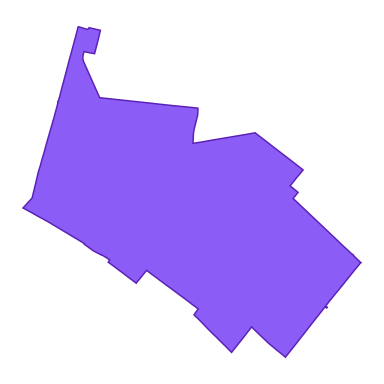 Rosiori, Braila, Romania
{"feature_id": "2599482B90808426082179", "entity_name": "Rosiori", "entity_type": "district", "adm_level": 2, "iso_a3": "ROU", "parent_name": "Romania", "parent_adm1": "Braila", "projection": "albers", "projection_center": [27.361, 44.829], "detail": "fine", "context": "isolated", "style": "filled", "palette": "violet", "viewbox_px": 384, "rotation_deg": 0, "n_neighbors": 0, "source": "geoboundaries", "source_scale": "gbopen_adm2", "svg_char_len": 3243}
<svg xmlns="http://www.w3.org/2000/svg" viewBox="0 0 384 384"><path d="M345.8,281.0L345.9,280.9L347.2,279.3L348.8,277.3L355.0,269.6L355.7,268.8L357.4,266.7L359.3,264.4L359.7,263.8L360.4,263.0L360.7,263.0L360.8,262.9L361.0,262.7L360.8,262.6L356.3,258.3L353.3,255.4L353.4,255.0L353.1,254.7L352.8,254.5L352.5,254.3L352.4,254.2L352.0,254.1L345.5,248.1L342.5,245.3L339.5,242.4L329.3,232.8L327.4,230.9L295.8,201.0L293.1,198.5L298.1,192.4L296.3,190.9L292.1,187.5L290.1,185.9L294.8,180.1L296.5,177.9L299.5,174.3L303.1,170.0L302.8,169.7L294.9,163.5L282.0,153.6L271.9,145.8L268.1,142.8L256.5,133.9L255.2,132.8L254.0,133.0L245.0,134.6L234.9,136.3L212.2,140.1L208.4,140.8L201.0,142.1L193.0,143.4L193.0,143.1L193.5,133.0L194.3,128.7L197.5,115.8L197.6,115.3L197.8,113.5L197.9,109.8L197.9,108.1L196.3,108.0L194.4,107.8L194.0,107.7L189.1,107.2L187.3,107.0L185.9,106.9L184.0,106.7L177.2,106.0L174.7,105.8L170.8,105.4L170.5,105.3L170.4,105.3L169.1,105.2L165.3,104.8L164.4,104.7L158.9,104.1L152.9,103.4L150.9,103.2L149.0,103.0L124.8,100.4L99.7,97.7L99.0,96.2L89.3,74.4L84.0,62.5L83.8,62.0L83.4,61.1L83.1,59.8L82.9,58.7L82.8,57.7L82.9,57.0L83.0,55.5L83.4,53.8L83.7,52.9L84.0,51.6L85.6,51.9L87.8,52.4L90.0,52.9L91.9,53.2L94.6,53.7L95.8,49.0L96.7,45.5L97.6,41.9L98.6,38.0L100.4,30.3L96.1,29.3L90.4,28.0L89.2,27.6L88.0,29.2L87.7,29.4L84.9,28.7L79.2,26.9L78.8,26.8L78.6,26.8L78.4,26.8L78.1,27.0L77.9,27.4L77.1,30.9L75.9,35.5L74.8,39.5L73.1,45.9L71.6,51.4L70.3,56.2L68.5,62.7L68.3,63.4L68.3,63.5L68.1,64.2L68.1,64.4L67.1,68.2L62.9,84.2L62.3,86.2L61.1,90.8L60.2,94.5L59.8,96.1L58.5,100.6L58.3,100.8L57.9,101.2L57.8,101.3L57.7,101.7L57.7,102.0L57.9,102.2L58.0,102.3L57.9,102.8L57.7,103.6L56.7,107.5L55.5,111.8L54.9,114.3L53.8,118.3L53.2,120.1L51.9,124.9L50.0,131.3L48.1,138.0L47.9,138.5L44.0,152.7L42.8,156.7L41.5,161.1L40.7,164.3L39.7,167.6L38.2,172.4L36.3,180.6L32.1,198.0L23.0,208.0L28.0,210.7L34.2,214.1L36.4,215.4L47.4,221.4L47.9,221.7L84.3,243.5L84.0,244.0L93.4,250.9L101.3,255.0L101.5,254.7L109.7,259.8L108.2,262.2L113.6,266.1L119.0,270.2L133.2,280.9L136.2,283.2L136.6,282.6L137.3,281.8L137.8,281.1L138.7,280.0L139.1,279.6L146.6,270.4L147.5,271.1L153.4,275.5L157.1,278.2L159.7,280.2L163.3,282.8L164.3,283.6L165.1,284.2L166.3,285.1L167.8,286.2L168.9,287.0L184.7,298.7L187.6,300.9L191.9,304.2L193.2,305.2L195.5,306.9L197.8,308.6L198.2,308.8L194.0,314.8L194.5,315.4L195.9,316.7L197.8,318.5L200.6,321.3L203.4,324.2L204.8,325.7L205.6,326.5L206.3,327.2L207.6,328.6L208.9,329.9L210.4,331.4L211.9,332.9L213.8,334.8L215.8,336.6L217.6,338.4L219.3,340.2L221.1,341.9L222.8,343.6L223.7,344.5L224.7,345.4L225.7,346.5L226.8,347.6L227.6,348.4L229.2,350.0L230.0,350.8L230.8,351.6L231.6,352.4L235.0,348.1L238.4,343.8L241.4,340.1L242.8,338.3L243.7,337.2L244.5,336.1L245.4,335.0L245.8,334.5L246.2,333.9L248.9,330.4L251.7,326.9L252.2,327.6L258.1,333.3L260.5,335.6L268.8,343.5L273.8,347.6L276.9,350.2L282.0,354.3L284.9,356.7L285.1,356.9L285.2,357.0L285.4,357.2L295.5,344.5L295.6,344.4L305.3,332.0L305.4,331.9L315.3,319.2L322.2,310.5L324.4,307.7L325.1,306.8L325.5,307.0L325.8,307.3L326.1,307.7L326.4,308.0L326.8,307.9L327.3,307.4L327.0,307.0L326.5,306.7L325.6,306.2L328.9,301.8L330.5,299.9L335.5,293.7L344.8,282.4L345.8,281.0Z" fill="#8b5cf6" stroke="#5b21b6" stroke-width="1.5"/></svg>